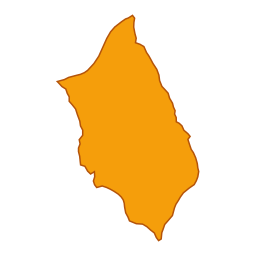 the district of Mesópolis, São Paulo, Brazil
{"feature_id": "56859067B74939382420673", "entity_name": "Mesópolis", "entity_type": "district", "adm_level": 2, "iso_a3": "BRA", "parent_name": "Brazil", "parent_adm1": "São Paulo", "projection": "robinson", "projection_center": [-50.616, -19.955], "detail": "fine", "context": "isolated", "style": "filled", "palette": "amber", "viewbox_px": 256, "rotation_deg": 0, "n_neighbors": 0, "source": "geoboundaries", "source_scale": "gbopen_adm2", "svg_char_len": 1447}
<svg xmlns="http://www.w3.org/2000/svg" viewBox="0 0 256 256"><path d="M57.3,81.5L62.0,86.6L65.8,89.0L67.3,93.4L69.2,96.8L69.2,101.3L72.2,104.7L75.6,109.0L77.4,114.6L79.8,121.1L80.5,125.9L82.7,130.1L82.7,135.3L79.2,139.7L80.1,143.9L78.5,148.0L78.5,151.6L79.7,156.3L80.2,161.3L80.6,164.9L84.9,166.3L87.6,171.1L90.6,174.0L94.4,171.7L94.7,176.8L93.4,181.0L94.6,184.7L96.7,187.5L102.2,186.0L106.5,187.4L110.1,189.1L113.7,191.1L118.1,194.0L121.1,196.8L123.2,199.8L124.2,203.1L124.6,207.0L125.7,212.8L128.0,217.1L129.5,220.9L136.3,223.7L142.5,224.1L146.8,226.6L150.9,230.3L154.3,232.9L156.3,237.5L158.6,240.6L161.2,239.0L161.8,232.7L163.0,229.5L164.7,224.5L167.4,221.4L172.4,215.6L174.5,207.8L175.9,204.3L178.4,200.4L180.3,197.1L183.4,192.8L189.3,188.0L194.2,184.6L196.3,180.8L197.8,176.8L198.7,171.5L197.8,167.9L197.3,163.6L195.7,157.9L193.4,152.7L191.2,149.4L189.5,144.4L187.9,139.4L190.1,136.4L187.9,133.7L183.9,130.3L181.9,125.8L179.2,123.3L176.3,121.8L176.2,117.5L174.6,114.1L175.1,110.7L173.5,107.2L172.5,103.2L169.6,98.3L168.1,93.2L164.9,89.6L161.9,86.4L159.6,80.6L158.9,75.1L156.8,69.4L152.9,63.4L150.5,58.9L148.8,55.9L146.5,52.5L143.9,46.6L140.0,44.3L135.5,42.7L136.2,38.2L134.9,33.5L133.7,27.1L133.9,22.4L134.6,18.2L132.5,15.4L128.3,18.0L125.5,19.0L121.6,21.7L114.9,26.9L110.6,31.8L106.8,38.4L98.8,56.2L93.9,63.6L87.6,70.4L84.3,72.7L80.3,74.4L76.6,75.3L68.7,77.4L64.3,79.6L57.3,81.5Z" fill="#f59e0b" stroke="#b45309" stroke-width="1.5"/></svg>